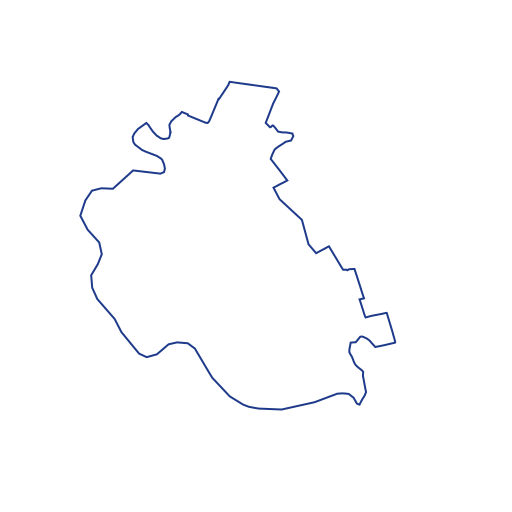 the district of Namoloasa, Galati, Romania, rotated 216°
{"feature_id": "2599482B8070137068735", "entity_name": "Namoloasa", "entity_type": "district", "adm_level": 2, "iso_a3": "ROU", "parent_name": "Romania", "parent_adm1": "Galati", "projection": "robinson", "projection_center": [27.591, 45.504], "detail": "fine", "context": "isolated", "style": "outline", "palette": "blue", "viewbox_px": 512, "rotation_deg": 216, "n_neighbors": 0, "source": "geoboundaries", "source_scale": "gbopen_adm2", "svg_char_len": 3037}
<svg xmlns="http://www.w3.org/2000/svg" viewBox="0 0 512 512"><g transform="rotate(216 256 256)"><path d="M168.7,303.4L172.2,300.6L173.0,299.9L173.4,298.9L173.7,298.2L173.9,298.1L174.1,298.0L174.8,298.0L175.2,297.8L175.8,297.4L176.8,296.5L177.5,296.1L180.7,297.4L181.0,297.5L183.3,298.5L202.7,306.7L209.0,293.6L220.5,296.4L220.8,296.7L232.0,305.7L240.1,312.2L240.9,312.3L254.4,313.9L270.3,315.8L271.0,316.1L282.0,321.6L278.6,328.5L277.0,331.5L275.1,335.5L288.0,339.4L301.2,343.2L302.5,347.7L303.5,353.1L303.1,354.8L302.1,357.9L300.7,361.5L300.1,363.0L299.5,364.8L299.1,365.9L298.5,366.6L297.9,367.3L295.5,370.1L295.9,372.5L296.3,375.0L297.8,375.8L298.5,376.5L299.5,376.0L303.5,374.1L307.5,371.4L311.0,369.7L311.5,369.7L314.4,370.6L317.9,371.5L319.0,371.5L319.4,371.3L319.9,368.8L320.4,368.4L326.4,369.4L328.2,376.3L331.8,389.6L331.8,389.9L332.9,396.7L334.0,402.6L337.9,403.7L379.7,381.4L378.9,377.8L378.7,374.2L378.2,361.2L378.7,361.1L374.2,342.4L373.7,340.1L373.1,337.3L373.3,335.2L375.1,334.2L389.4,330.7L393.7,329.7L394.4,330.5L400.7,328.9L400.9,326.1L401.6,323.6L402.1,322.5L402.7,321.0L403.7,315.2L403.2,311.3L401.1,308.9L399.0,307.0L398.6,306.5L398.2,305.7L398.0,305.4L397.7,305.6L396.3,302.0L395.9,300.9L395.9,300.1L397.1,298.6L399.4,296.4L400.8,295.8L402.3,295.2L405.9,295.1L406.9,295.0L412.4,296.0L418.2,298.0L419.8,298.7L421.4,298.9L422.9,299.2L424.5,294.3L426.1,289.5L426.5,283.7L425.7,279.7L422.2,276.1L419.4,275.0L410.6,274.8L406.5,275.6L395.1,278.7L390.1,279.0L388.3,278.6L384.4,276.2L381.1,273.2L379.7,269.8L381.8,266.4L405.7,253.0L411.3,226.3L420.9,219.9L424.0,216.2L427.1,212.4L426.7,200.6L421.8,185.3L407.6,178.3L390.8,174.8L381.8,166.8L379.2,156.4L378.0,143.5L369.9,134.1L359.1,127.9L333.4,122.0L320.1,115.3L293.2,108.3L289.6,109.0L285.0,109.9L278.4,118.2L276.7,125.3L274.8,133.2L269.1,139.7L259.9,145.3L251.0,145.2L249.9,144.7L239.0,140.0L226.3,134.5L219.9,131.8L194.7,127.0L179.2,128.2L173.1,129.8L164.2,134.1L145.0,146.9L122.7,172.1L109.3,192.4L105.3,195.7L103.1,197.1L99.9,198.9L93.7,198.7L87.6,195.9L84.9,196.6L85.5,200.1L85.8,203.0L86.1,207.2L87.0,210.6L89.0,212.4L97.1,220.1L98.7,221.5L101.2,225.2L102.3,225.6L104.0,225.8L107.3,225.9L109.7,226.1L111.3,226.4L112.4,226.8L113.5,227.3L114.9,228.1L117.6,229.9L119.3,230.9L122.6,232.3L123.8,233.0L124.4,233.6L125.6,235.5L128.5,241.6L124.6,244.9L124.3,250.2L124.2,251.9L123.2,253.0L122.4,253.4L120.8,253.8L117.5,254.4L114.1,254.3L111.8,253.7L106.0,252.5L105.7,252.8L104.0,254.7L103.4,255.3L101.1,257.8L100.7,258.3L99.4,259.7L99.0,260.2L95.7,264.0L92.6,267.6L92.6,267.9L92.7,268.1L93.4,268.7L94.3,269.5L99.5,273.6L99.7,273.8L101.2,275.0L102.0,275.6L109.4,281.2L112.7,283.7L115.7,286.0L116.8,286.8L117.6,286.1L119.2,284.3L120.3,283.0L125.3,277.7L126.5,276.4L127.6,275.2L128.9,273.6L131.1,270.8L131.2,270.7L131.5,270.9L132.8,271.6L133.9,272.4L134.8,273.0L137.8,275.3L139.8,276.7L141.1,277.7L146.4,281.6L146.7,281.8L143.7,285.2L147.8,288.1L153.2,292.1L154.8,293.3L155.4,293.7L162.2,298.7L165.8,301.3L168.7,303.4Z" fill="none" stroke="#1e3a8a" stroke-width="2"/></g></svg>